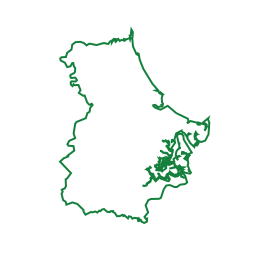 the district of Marcovia, Choluteca, Honduras, rotated 166°
{"feature_id": "27666195B6766243724539", "entity_name": "Marcovia", "entity_type": "district", "adm_level": 2, "iso_a3": "HND", "parent_name": "Honduras", "parent_adm1": "Choluteca", "projection": "albers", "projection_center": [-87.416, 13.249], "detail": "fine", "context": "isolated", "style": "outline", "palette": "green", "viewbox_px": 256, "rotation_deg": 166, "n_neighbors": 0, "source": "geoboundaries", "source_scale": "gbopen_adm2", "svg_char_len": 5620}
<svg xmlns="http://www.w3.org/2000/svg" viewBox="0 0 256 256"><g transform="rotate(166 128 128)"><path d="M135.4,32.0L132.4,32.5L131.4,35.5L132.6,35.4L133.5,37.7L128.9,41.2L129.6,48.7L125.6,53.2L122.6,53.5L115.0,51.8L113.0,52.2L108.1,59.9L104.8,62.9L101.2,62.5L97.3,59.6L94.9,58.9L91.0,60.4L86.2,59.8L83.8,60.9L84.1,67.9L87.3,72.8L88.5,71.4L87.6,70.1L88.0,68.4L85.0,65.7L88.2,68.0L87.8,69.9L88.5,70.8L91.3,69.2L94.4,69.4L97.1,71.8L98.2,71.4L97.2,72.3L99.1,73.8L101.0,72.3L99.8,68.3L101.3,66.6L102.1,66.9L100.3,68.2L101.3,71.2L102.8,69.3L104.5,68.9L104.2,68.2L108.2,70.8L109.1,72.5L113.9,69.7L114.1,70.6L115.4,70.7L114.7,70.9L115.2,72.9L116.3,73.2L116.9,74.1L115.7,73.3L115.4,74.6L116.9,74.4L119.4,70.3L123.3,69.1L123.3,68.3L124.2,67.7L126.5,67.8L127.8,68.7L125.5,67.8L123.7,68.2L123.3,69.5L118.7,71.5L118.0,73.0L118.8,74.7L118.0,73.5L116.9,75.2L115.1,75.0L117.8,77.8L118.2,81.5L119.9,83.1L119.4,84.0L117.3,83.8L116.0,85.0L115.5,84.0L119.7,83.3L117.8,82.1L117.2,78.1L116.6,77.7L115.5,78.8L116.2,77.6L114.7,77.4L114.3,73.0L113.1,71.3L109.1,73.5L109.3,75.6L110.3,76.9L108.9,76.0L108.4,73.3L104.4,70.1L103.0,71.0L103.4,72.4L103.0,71.3L101.6,73.6L98.3,74.7L98.0,75.5L94.5,71.4L90.7,71.2L89.3,74.1L90.4,78.2L97.8,78.6L91.8,78.7L91.8,83.0L97.1,82.2L99.7,83.6L100.7,79.7L105.4,77.8L106.2,78.6L106.9,82.2L107.9,81.5L107.9,79.2L110.7,80.3L109.5,82.4L111.1,83.9L110.8,85.2L108.7,85.1L108.5,86.5L108.6,84.9L110.5,83.8L108.5,81.5L107.3,82.6L106.0,82.3L105.4,79.0L104.2,82.2L102.0,81.7L101.2,82.8L101.5,85.2L103.6,83.1L105.4,84.7L106.8,84.4L106.1,87.4L107.1,88.6L105.4,87.4L104.7,88.5L105.2,90.7L104.4,89.9L104.1,91.2L103.0,90.2L100.0,90.4L96.5,85.9L94.4,88.2L96.9,88.9L97.4,90.2L94.1,88.3L92.4,90.3L94.9,91.0L96.2,93.8L100.1,95.6L101.1,97.5L102.5,97.9L101.1,97.7L99.7,95.6L96.3,94.5L95.0,91.8L94.0,91.3L92.0,91.6L90.4,94.0L89.5,96.8L91.1,95.1L92.3,95.3L93.5,96.4L94.6,100.8L95.7,100.5L94.8,101.3L94.1,100.5L92.2,102.4L94.6,106.4L96.7,106.2L97.9,107.7L95.8,106.4L94.3,106.9L92.2,103.1L91.7,104.0L92.5,106.6L91.3,104.5L92.0,101.5L93.8,100.2L91.9,95.8L90.6,98.1L85.9,102.2L85.8,104.5L88.7,103.9L88.1,106.5L87.7,104.8L86.2,104.9L82.5,111.1L76.6,112.5L76.8,111.6L74.4,109.2L73.0,105.3L72.4,106.7L70.3,108.2L69.1,107.2L71.8,106.8L72.9,103.6L71.2,98.1L68.3,93.6L67.5,95.6L63.5,98.4L64.9,101.1L66.4,100.6L65.1,101.5L65.6,103.4L64.7,105.9L62.5,105.5L63.5,106.5L63.6,107.1L63.2,107.6L62.4,105.2L63.7,104.2L64.6,105.4L65.2,103.4L63.0,98.2L67.1,94.7L65.0,94.4L61.9,97.8L60.3,96.7L56.1,97.1L51.4,102.4L47.8,113.6L48.3,117.1L47.6,118.2L53.6,115.3L51.9,112.8L51.9,114.2L50.8,111.8L52.1,110.6L51.2,110.1L53.6,107.4L54.5,107.1L51.5,110.1L52.4,110.5L51.4,112.0L57.8,115.9L57.5,114.0L59.1,114.2L59.6,115.0L58.5,115.8L65.6,119.6L69.5,118.2L67.6,120.2L67.7,122.5L77.6,130.8L84.1,139.9L92.1,137.9L96.4,140.9L98.2,143.2L98.0,144.0L96.1,143.9L93.7,141.1L89.7,140.9L89.9,142.1L88.8,141.8L88.2,143.2L88.8,144.3L88.1,148.8L86.6,151.3L87.1,152.1L86.0,152.2L88.5,155.6L88.2,153.8L88.9,153.9L90.4,157.5L91.4,157.2L92.1,157.7L90.2,157.6L89.1,156.2L93.6,165.0L98.8,181.6L100.1,191.4L99.7,197.5L100.5,198.1L101.3,197.0L102.0,197.8L103.4,205.9L102.3,213.3L100.1,219.9L100.9,222.7L102.2,219.3L101.3,218.0L104.0,217.3L103.8,214.7L104.5,213.5L104.5,215.0L107.9,214.3L110.1,215.2L109.8,212.7L110.2,213.6L112.9,215.0L115.0,214.5L115.8,216.7L119.2,214.6L119.5,215.8L118.1,217.1L120.1,217.9L121.9,217.0L121.2,216.6L122.9,214.9L122.5,216.3L124.2,216.4L126.8,214.3L130.9,216.3L138.5,216.1L145.0,219.2L148.2,218.2L150.2,221.1L153.3,223.1L158.1,224.0L161.9,222.4L163.9,217.8L168.8,215.7L171.1,211.9L175.3,212.7L176.9,212.0L177.0,209.8L173.4,206.6L172.2,201.8L168.9,201.8L166.5,204.4L165.4,204.3L165.6,201.1L164.7,198.9L165.8,195.5L166.8,194.4L170.9,193.4L171.6,192.0L171.1,190.3L167.0,189.6L165.9,186.8L167.4,185.8L171.7,186.9L172.7,185.8L172.8,183.7L171.7,182.1L170.3,183.6L169.5,182.5L165.7,181.7L164.9,176.3L167.2,173.9L163.7,170.1L162.2,170.0L161.5,163.0L160.3,160.4L159.3,159.7L157.4,160.3L156.8,158.9L159.7,156.8L161.4,153.0L163.8,152.3L166.6,147.7L176.5,146.3L178.2,144.9L182.1,135.8L181.7,130.9L188.1,129.8L190.7,126.9L190.2,125.3L185.3,123.6L185.6,119.1L193.4,115.7L193.1,114.8L197.6,114.2L202.1,111.8L194.2,98.0L199.2,93.8L200.9,93.3L202.3,86.5L204.0,84.7L207.2,84.1L206.8,82.0L208.4,80.2L208.4,73.8L206.3,71.4L206.3,68.5L199.9,69.2L195.6,66.6L191.0,59.3L191.4,57.8L190.2,54.2L184.1,55.5L183.2,54.8L179.9,54.9L178.3,53.4L176.0,54.7L174.8,54.0L173.2,55.1L170.9,55.2L168.5,51.7L166.0,50.8L165.1,51.5L162.7,51.0L163.1,50.3L161.3,48.8L160.1,45.2L157.3,44.5L154.3,45.1L153.7,44.2L154.3,43.2L152.6,44.2L149.9,40.3L148.5,42.1L146.6,41.1L145.7,39.0L143.8,39.3L140.5,38.1L140.6,36.7L139.6,36.4L139.1,37.3L138.7,36.5L141.3,35.1L137.6,35.3L137.6,33.9L135.4,32.0ZM78.5,72.2L79.1,77.5L78.0,79.2L77.8,82.7L76.7,85.1L74.9,86.5L75.7,87.4L79.4,85.0L79.0,82.9L80.7,84.7L77.5,87.1L77.6,89.1L81.9,89.9L81.5,91.3L80.7,92.4L81.3,90.3L78.9,91.5L80.3,90.5L77.5,89.4L77.1,87.7L72.1,88.7L76.7,103.3L76.2,107.1L77.2,109.1L79.6,110.0L81.4,109.6L82.4,108.2L82.5,100.5L81.9,100.5L83.1,96.6L81.6,95.9L83.2,96.0L83.7,94.9L83.6,96.0L86.7,93.6L88.3,90.0L87.5,88.3L85.0,88.6L84.6,88.1L87.6,87.7L87.3,84.6L88.5,88.3L91.4,86.8L91.5,80.8L89.6,78.2L86.2,79.6L89.3,77.9L89.4,75.2L85.3,74.8L87.7,76.6L87.7,77.7L87.1,78.4L85.7,77.0L83.3,76.3L84.3,76.0L87.4,77.8L87.3,76.7L85.0,75.1L85.7,73.8L83.6,70.9L78.8,68.7L77.7,69.5L78.4,71.3L79.3,71.6L79.3,72.4L78.5,72.2ZM94.6,85.0L96.7,84.5L98.5,85.6L99.2,85.0L99.9,85.9L98.8,86.3L100.5,87.7L100.9,86.7L101.5,87.0L101.4,88.7L103.9,85.6L103.3,84.8L101.4,85.5L100.6,83.7L98.0,84.2L96.4,83.1L92.6,84.1L94.6,85.0Z" fill="none" stroke="#15803d" stroke-width="2"/></g></svg>